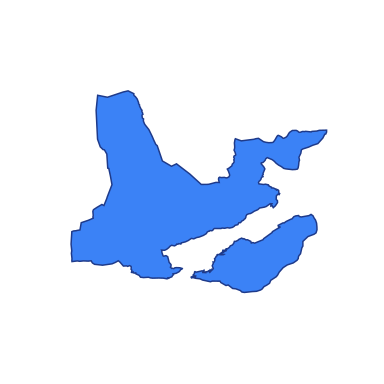 outline of Dyrøy nor, Troms, Norway, rotated 208°
{"feature_id": "86288312B15388933867653", "entity_name": "Dyrøy nor", "entity_type": "district", "adm_level": 2, "iso_a3": "NOR", "parent_name": "Norway", "parent_adm1": "Troms", "projection": "orthographic", "projection_center": [17.654, 69.021], "detail": "fine", "context": "isolated", "style": "filled", "palette": "blue", "viewbox_px": 384, "rotation_deg": 208, "n_neighbors": 0, "source": "geoboundaries", "source_scale": "gbopen_adm2", "svg_char_len": 6072}
<svg xmlns="http://www.w3.org/2000/svg" viewBox="0 0 384 384"><g transform="rotate(208 192 192)"><path d="M320.7,233.1L315.0,219.1L300.2,194.3L294.2,188.8L290.5,187.7L289.2,188.1L288.8,187.9L285.0,185.5L277.6,173.5L276.5,173.7L271.7,168.0L266.1,160.9L264.5,147.7L264.2,146.3L263.4,138.7L265.7,138.7L268.7,133.8L270.6,130.3L270.7,129.6L270.4,128.3L268.2,124.9L267.7,123.3L267.0,122.8L266.9,122.5L270.3,118.3L275.4,112.9L273.1,105.9L275.7,103.9L276.0,103.5L278.3,102.0L279.5,100.6L274.3,89.2L270.6,83.7L269.7,81.2L266.8,77.0L265.8,74.9L265.3,74.2L260.9,77.3L258.6,78.1L255.5,80.2L251.1,82.3L248.8,83.9L246.6,82.6L244.1,82.4L236.6,85.4L228.8,91.1L226.5,94.0L224.8,96.7L222.5,96.2L217.8,94.4L215.0,96.1L213.9,96.1L212.6,97.7L210.9,97.7L210.3,97.0L209.5,95.1L208.5,94.8L208.0,93.9L207.8,92.7L207.0,92.7L206.4,93.8L205.7,93.2L205.0,93.2L203.7,94.2L203.1,93.4L199.5,93.6L197.5,92.6L194.6,93.7L190.4,96.3L188.2,96.7L186.2,97.5L180.9,100.5L176.8,102.5L173.3,103.6L172.2,104.8L172.8,105.0L171.6,105.8L170.0,107.6L169.9,109.6L169.5,110.3L170.3,110.9L167.9,112.7L166.0,115.5L165.7,116.5L165.6,118.1L164.7,119.1L164.7,119.9L167.2,119.4L170.3,117.9L171.5,117.1L172.1,115.8L173.9,115.3L174.1,115.0L175.8,115.5L175.7,116.7L176.5,118.1L179.1,119.1L183.1,123.5L185.1,123.6L186.8,122.1L187.5,122.0L190.1,124.4L191.2,126.1L191.6,126.4L188.8,127.7L187.4,129.6L186.4,131.9L185.9,133.9L185.0,135.4L182.2,136.2L181.5,137.1L181.1,137.9L180.9,139.0L179.9,139.2L179.5,140.2L177.8,140.7L177.8,141.1L177.4,141.1L177.4,142.2L174.4,144.9L172.5,147.4L170.8,150.7L168.4,151.5L166.5,154.0L164.4,155.7L161.5,159.1L159.8,162.0L159.8,163.7L158.9,165.2L158.4,165.4L158.0,166.4L156.3,167.1L155.7,167.9L155.6,169.2L155.1,170.3L149.2,173.4L148.5,174.3L146.1,175.3L144.1,177.1L141.9,177.8L139.6,179.8L138.5,181.8L138.4,182.7L136.2,184.7L136.2,186.9L134.8,187.7L134.3,189.9L133.3,191.3L133.0,192.8L132.5,193.5L132.6,195.0L133.0,195.9L133.0,197.7L131.6,199.5L130.4,200.3L129.2,202.0L128.0,204.3L126.1,206.6L125.5,207.5L124.8,209.6L121.1,212.5L119.6,214.1L117.5,218.4L116.0,219.1L116.3,217.6L115.7,216.6L114.9,217.6L112.9,216.3L111.9,218.9L111.5,222.8L112.5,224.5L114.2,225.0L115.7,228.2L115.2,230.2L113.8,230.6L113.9,231.8L114.8,231.8L116.2,234.0L117.5,234.3L118.2,233.4L118.9,233.6L119.3,234.1L119.8,233.8L121.8,233.8L123.7,233.0L124.1,233.6L126.3,233.4L126.5,233.6L127.5,233.6L127.9,234.2L130.8,233.4L132.4,232.2L136.7,230.6L137.7,231.5L137.8,232.9L137.3,234.1L137.1,235.5L137.5,237.6L136.5,238.9L137.6,239.6L137.4,241.0L138.0,241.6L138.5,246.6L140.6,248.0L144.2,249.4L144.5,250.3L143.3,251.2L142.7,252.7L142.3,254.4L142.5,256.0L141.7,257.7L136.3,258.2L133.6,257.7L131.3,256.9L128.1,256.4L125.2,256.4L122.1,255.9L119.9,256.5L113.8,258.9L111.3,260.4L109.7,261.7L109.6,263.0L110.4,265.6L111.8,269.0L112.0,270.5L113.9,272.9L114.1,277.3L115.2,280.6L114.3,282.1L110.1,286.4L107.4,289.9L103.6,293.8L101.8,301.0L101.9,305.3L101.1,306.0L101.3,308.1L102.2,309.8L108.6,306.2L110.4,304.4L114.6,301.8L115.0,301.0L120.2,298.9L120.8,298.3L122.9,297.3L124.4,295.6L125.2,295.1L125.8,295.0L127.4,295.4L129.0,295.3L132.3,293.4L133.9,290.4L134.1,288.3L134.1,286.7L134.5,284.9L136.0,282.7L136.7,282.2L139.0,282.7L142.2,282.6L142.9,282.0L143.1,280.5L143.2,276.8L143.5,274.8L143.8,273.9L144.6,273.2L147.3,271.6L150.0,270.6L152.5,270.0L158.5,270.6L160.6,269.1L162.1,267.6L172.5,260.3L178.7,259.4L178.6,258.3L177.6,255.2L175.8,252.4L175.1,251.1L174.6,249.5L174.6,248.8L172.3,247.0L170.8,245.3L171.0,244.5L171.7,243.7L171.7,243.3L171.5,242.3L170.4,241.5L170.2,240.9L170.2,239.9L169.5,239.4L168.9,238.1L169.1,236.7L169.5,235.6L169.1,233.6L169.9,232.1L170.2,231.1L171.6,228.8L170.0,227.8L167.2,225.3L166.5,224.2L166.5,222.8L167.4,221.3L168.4,220.5L170.3,220.1L172.9,218.5L174.6,218.0L175.0,217.2L174.8,216.2L174.3,215.3L172.4,213.2L175.4,211.7L180.7,206.8L181.9,206.0L187.4,203.0L202.2,206.8L218.9,209.6L222.2,205.1L232.7,205.5L244.5,216.6L246.3,217.0L250.3,220.0L253.0,222.2L259.3,226.8L265.6,229.6L268.0,231.6L268.5,232.3L269.1,233.8L270.4,233.9L272.0,235.9L272.2,236.9L271.8,237.5L273.2,239.0L273.9,239.3L274.5,240.2L274.5,240.7L275.8,241.2L278.8,243.4L279.2,244.3L280.6,244.9L281.2,245.9L284.1,248.4L286.9,249.7L288.1,249.8L289.0,250.4L289.5,251.5L295.9,251.3L299.7,248.0L311.1,236.0L320.7,233.1ZM149.1,118.7L150.4,118.4L150.9,117.7L151.9,117.8L152.8,116.4L152.1,115.9L151.0,116.9L148.3,117.5L144.2,119.1L141.4,119.2L133.6,121.4L132.2,122.9L125.4,126.4L124.1,125.6L118.1,125.4L116.4,126.9L110.8,125.9L107.8,127.1L103.0,127.7L101.0,127.1L98.6,127.9L92.0,132.4L88.4,134.6L85.5,137.6L84.6,139.1L84.0,142.3L82.3,144.8L80.7,147.8L81.0,151.0L77.8,156.8L77.4,158.9L77.4,162.1L76.0,168.0L73.6,172.4L69.3,176.9L67.2,181.0L66.9,183.1L67.6,184.6L67.7,186.1L67.2,188.4L68.8,194.3L68.7,196.3L70.9,200.4L68.7,207.1L64.4,212.0L63.3,214.1L63.9,217.3L65.3,219.8L67.4,223.0L69.9,225.3L71.9,226.3L74.0,227.8L76.4,228.1L77.6,226.1L83.9,221.2L85.7,220.7L86.8,221.3L89.3,219.5L90.5,218.0L91.1,215.2L92.1,214.2L95.1,210.1L96.1,208.0L97.2,207.4L100.3,203.0L99.2,201.8L98.2,202.6L97.8,202.0L99.6,199.4L102.4,194.7L102.2,193.9L106.8,184.5L106.9,183.2L112.7,176.2L114.4,176.0L115.7,174.8L116.9,176.0L120.5,175.9L121.9,175.1L124.3,175.2L124.8,174.6L126.5,174.6L128.3,172.3L128.6,171.3L130.0,169.1L131.4,168.3L131.1,166.4L131.4,164.3L132.9,162.4L133.0,160.7L133.9,158.7L135.2,157.9L135.3,157.2L134.4,157.3L134.3,156.1L135.0,155.3L135.0,156.2L137.4,155.1L137.1,154.0L135.9,154.2L135.8,153.7L137.5,152.3L138.2,150.7L134.5,151.9L134.7,151.5L136.9,150.2L140.0,148.9L140.4,148.2L139.9,147.7L140.5,146.5L140.4,145.0L140.8,143.6L139.9,142.9L139.6,141.6L139.7,140.6L139.8,140.3L140.3,140.1L139.8,139.8L140.0,139.2L139.8,139.1L139.6,138.7L139.6,137.6L139.5,136.3L137.3,134.5L137.4,133.1L138.1,133.2L138.0,131.6L139.5,131.8L139.5,130.9L138.4,130.1L138.6,129.4L140.3,130.2L141.0,128.9L142.3,128.2L141.9,127.3L144.7,126.0L145.0,126.7L144.1,127.9L144.7,128.5L145.1,127.1L146.0,127.2L150.7,123.2L152.0,123.1L152.1,122.9L152.0,122.7L151.8,122.7L152.1,122.4L151.6,120.9L152.0,119.4L150.8,119.0L149.3,119.6L149.1,118.7Z" fill="#3b82f6" stroke="#1e3a8a" stroke-width="1.5"/></g></svg>